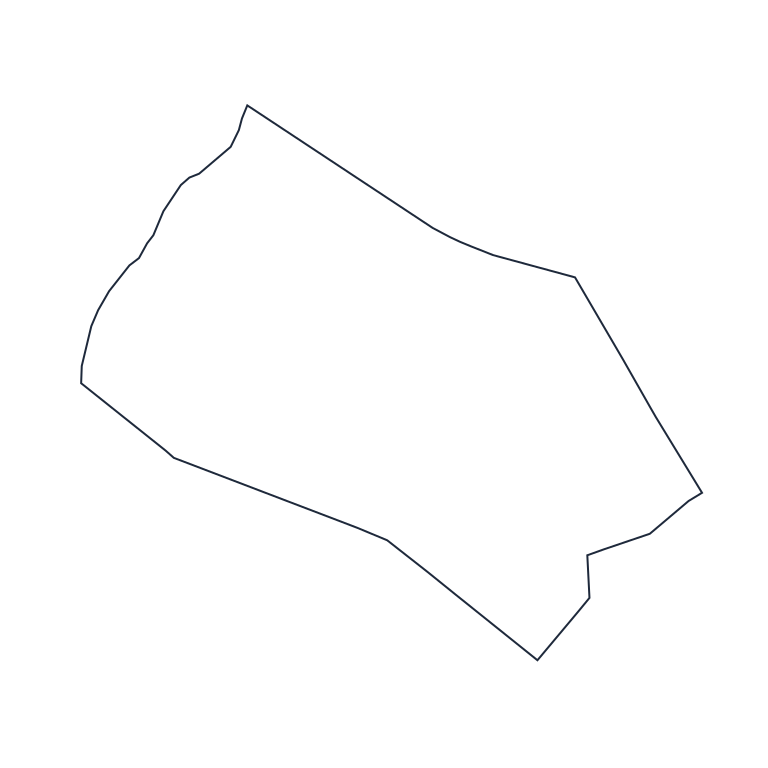 the district of Matias Olímpio, Piauí, Brazil, rotated 352°
{"feature_id": "56859067B98768329388642", "entity_name": "Matias Olímpio", "entity_type": "district", "adm_level": 2, "iso_a3": "BRA", "parent_name": "Brazil", "parent_adm1": "Piauí", "projection": "orthographic", "projection_center": [-42.594, -3.708], "detail": "fine", "context": "isolated", "style": "outline", "palette": "slate", "viewbox_px": 768, "rotation_deg": 352, "n_neighbors": 0, "source": "geoboundaries", "source_scale": "gbopen_adm2", "svg_char_len": 654}
<svg xmlns="http://www.w3.org/2000/svg" viewBox="0 0 768 768"><g transform="rotate(352 384 384)"><path d="M84.2,341.1L158.5,419.6L165.6,427.9L337.7,522.8L365.4,539.2L400.7,575.9L425.3,602.2L497.5,678.9L544.2,636.8L557.7,624.4L561.5,581.9L578.9,578.3L626.4,569.3L669.4,542.2L683.8,536.0L648.5,454.4L644.8,445.2L624.0,392.8L588.0,305.0L509.9,271.5L489.3,259.8L479.1,253.8L469.9,247.8L454.0,236.3L287.4,89.1L280.3,101.3L275.6,112.4L265.2,127.8L230.2,150.0L220.0,152.5L210.5,158.7L189.6,182.2L176.3,204.6L169.0,211.7L158.9,225.2L148.4,231.1L124.7,253.8L111.2,271.1L102.2,286.0L87.2,324.1L84.2,341.1Z" fill="none" stroke="#1e293b" stroke-width="2"/></g></svg>